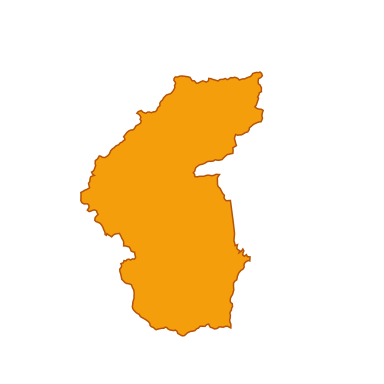 outline of São José dos Campos, São Paulo, Brazil, rotated 29°
{"feature_id": "56859067B71151444408433", "entity_name": "São José dos Campos", "entity_type": "district", "adm_level": 2, "iso_a3": "BRA", "parent_name": "Brazil", "parent_adm1": "São Paulo", "projection": "orthographic", "projection_center": [-45.928, -23.061], "detail": "fine", "context": "isolated", "style": "filled", "palette": "amber", "viewbox_px": 384, "rotation_deg": 29, "n_neighbors": 0, "source": "geoboundaries", "source_scale": "gbopen_adm2", "svg_char_len": 5237}
<svg xmlns="http://www.w3.org/2000/svg" viewBox="0 0 384 384"><g transform="rotate(29 192 192)"><path d="M121.6,99.5L121.3,101.4L122.1,103.2L124.1,104.0L125.1,105.2L125.1,107.3L126.3,108.8L126.5,110.6L126.5,112.4L126.1,114.7L125.6,116.4L124.0,118.0L122.6,119.6L122.1,121.3L121.5,123.6L121.6,125.9L120.9,127.6L120.8,129.9L122.1,132.0L121.4,133.9L121.2,135.6L121.6,137.8L120.8,139.7L119.4,140.6L117.9,142.4L116.0,142.7L114.5,143.6L113.3,145.6L110.5,146.0L108.1,145.3L106.0,147.8L105.6,149.9L107.7,149.8L109.4,150.3L111.0,151.4L111.4,153.7L113.1,154.4L113.6,156.7L112.5,159.0L110.9,161.3L110.9,164.7L110.1,166.5L108.7,167.2L107.1,169.2L106.2,171.5L105.8,174.4L105.4,176.8L107.1,177.6L108.0,178.9L107.1,180.4L106.8,182.0L105.5,183.6L104.9,186.3L103.1,188.6L102.4,191.0L101.4,193.1L100.9,195.2L101.1,197.0L101.3,198.9L100.7,201.2L99.1,204.1L96.8,205.1L95.0,204.9L93.4,205.4L93.4,207.3L93.3,209.0L92.2,211.4L93.5,214.1L94.9,215.6L95.5,219.0L95.7,221.2L94.5,223.3L96.1,224.5L98.5,224.8L97.4,225.9L96.0,227.9L96.5,230.1L97.5,232.2L97.3,234.6L98.7,236.2L100.4,237.9L99.5,239.5L98.7,240.9L97.4,242.3L96.3,244.4L95.0,246.3L96.3,248.2L97.0,249.7L97.9,251.3L98.9,253.4L100.8,254.7L103.3,254.8L106.4,253.0L108.2,253.6L109.5,255.6L109.2,258.6L111.5,259.0L112.7,257.9L113.7,256.5L115.2,255.0L117.6,254.7L118.9,256.0L120.8,257.3L120.1,259.2L119.7,261.3L120.6,263.8L122.2,264.4L123.8,264.2L126.8,263.9L129.3,264.9L131.3,266.2L133.3,267.9L135.5,269.5L136.6,271.3L138.1,271.4L137.9,269.6L139.5,270.0L141.4,270.0L143.5,270.2L144.0,267.9L145.2,266.0L146.8,264.7L148.7,263.4L151.4,265.2L153.4,266.8L154.9,267.5L156.4,268.8L157.5,270.6L158.3,272.3L160.1,271.3L161.6,271.1L163.5,270.5L165.4,271.4L167.3,273.1L169.4,273.0L171.0,272.5L172.2,274.1L174.4,276.5L174.2,278.7L172.3,279.4L171.2,281.3L169.4,281.3L168.0,282.5L167.6,284.4L165.8,284.9L166.2,287.2L164.5,289.2L166.1,290.4L166.6,292.2L166.2,294.5L167.4,296.4L169.5,298.4L171.0,300.1L172.9,302.4L175.3,303.1L177.2,303.7L179.1,303.7L181.6,302.8L183.9,302.5L185.2,303.5L186.4,304.6L188.4,305.8L189.8,307.5L190.8,309.1L191.6,310.9L192.9,313.2L193.3,315.4L193.7,317.0L194.6,319.0L195.4,321.2L196.6,322.6L198.4,323.6L201.3,324.5L203.2,324.7L204.9,324.6L206.6,325.6L208.2,326.1L210.4,326.0L213.6,326.1L216.7,326.5L218.9,327.5L220.1,329.1L221.9,329.5L224.0,329.2L225.8,329.7L227.3,329.9L229.1,328.0L231.5,326.0L233.5,324.7L234.1,323.2L235.8,322.8L237.2,323.4L239.6,323.4L241.7,322.6L243.4,322.0L244.4,320.8L246.5,321.1L248.1,322.6L250.3,322.6L253.0,322.6L254.8,321.5L255.6,319.7L256.1,317.9L257.1,316.2L258.4,314.6L260.3,313.2L261.7,311.8L262.4,309.3L263.6,308.0L264.1,305.6L266.0,304.5L268.5,303.2L269.2,300.8L270.6,299.5L272.3,300.7L273.7,301.4L275.9,300.9L278.0,300.9L279.4,299.9L280.5,298.6L281.2,296.7L283.5,295.7L285.0,295.0L286.3,293.4L288.1,292.2L289.7,292.2L291.8,292.1L291.1,290.5L289.8,288.5L288.3,287.4L287.0,285.8L286.3,283.1L285.1,280.8L283.9,279.7L283.6,278.1L283.7,276.2L283.0,274.4L283.0,272.5L281.3,270.1L279.3,269.9L278.2,268.7L277.2,266.5L277.0,264.4L277.1,261.9L276.5,259.3L276.0,257.3L275.0,255.9L274.1,254.5L273.3,253.1L272.5,251.5L272.7,249.2L273.7,247.1L273.2,245.5L272.6,243.8L272.3,241.6L272.2,239.5L272.8,236.9L274.1,234.4L274.0,232.4L273.1,231.0L272.4,229.2L273.1,226.6L274.3,224.8L276.0,224.2L275.2,222.7L274.2,220.6L271.9,221.7L269.9,220.4L269.0,222.8L266.9,222.4L266.2,220.8L265.9,218.4L264.1,217.2L263.9,219.8L262.6,222.3L262.3,220.2L260.1,220.2L258.6,219.7L257.8,217.9L257.3,216.0L255.7,218.0L254.2,216.1L252.3,214.3L251.2,211.9L250.3,209.8L249.4,207.8L243.3,199.2L229.7,180.8L228.2,181.7L226.5,183.0L224.6,182.7L222.9,181.7L221.9,179.2L219.5,178.4L217.3,176.9L214.9,175.3L212.1,174.5L210.5,172.9L209.4,170.8L208.5,169.4L207.2,167.0L207.6,163.4L205.9,164.2L204.5,164.8L203.0,166.9L201.2,168.3L198.8,169.0L196.8,170.2L194.8,172.5L192.6,173.7L190.6,174.9L189.0,176.4L187.1,177.1L185.8,175.4L183.8,174.5L184.3,172.5L183.8,170.7L183.5,168.8L184.3,166.8L185.4,164.6L186.8,163.4L188.4,161.8L189.7,159.9L190.7,158.0L191.9,157.0L194.0,155.8L195.7,154.5L196.6,152.6L199.1,151.8L200.8,150.7L202.6,149.0L203.0,147.2L203.6,145.1L204.7,142.2L207.0,140.1L209.0,138.4L207.8,135.7L206.3,133.6L207.5,131.4L208.4,129.9L206.8,128.5L205.1,126.5L203.3,124.9L202.6,122.5L202.3,120.5L204.2,120.3L205.7,119.2L207.6,118.0L208.7,116.3L209.8,114.3L211.6,112.4L211.8,109.9L211.1,108.0L212.1,105.5L213.0,103.0L214.2,101.3L215.7,99.3L217.0,98.0L218.3,97.1L218.2,95.2L217.9,93.3L216.1,91.4L215.2,88.8L214.7,86.1L212.3,86.1L210.0,87.2L207.6,87.4L205.7,87.0L206.1,85.1L205.7,82.8L205.2,80.0L204.7,77.6L203.3,77.1L203.4,74.8L202.8,72.5L204.1,70.6L203.2,69.2L202.2,67.2L199.6,65.4L197.6,65.2L196.1,63.1L195.3,60.7L196.7,58.5L197.2,56.2L195.3,54.5L193.3,54.1L192.2,55.4L190.3,56.2L188.8,57.7L187.6,59.0L187.7,60.7L187.1,62.8L185.5,64.4L184.5,65.7L183.2,67.5L181.7,68.4L180.4,69.6L179.1,71.1L177.4,70.5L175.6,70.5L173.8,70.9L172.3,72.3L170.3,73.3L169.6,74.9L168.4,76.6L166.0,76.6L164.6,78.4L163.1,79.2L161.8,80.2L160.9,82.3L158.5,82.7L156.1,83.3L153.6,83.7L151.6,84.5L152.5,86.8L151.2,89.0L149.2,89.2L147.5,89.6L146.2,91.3L144.5,93.8L143.2,94.7L140.3,93.6L138.1,94.6L136.7,93.8L134.5,92.7L131.8,93.5L129.6,94.3L126.8,95.5L125.0,96.7L123.7,98.4L121.6,99.5Z" fill="#f59e0b" stroke="#b45309" stroke-width="1.5"/></g></svg>